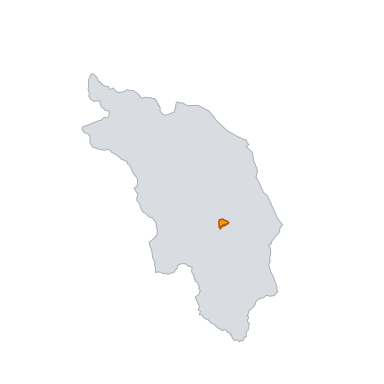 Bo'mbogor, Bayanhongor, Mongolia shown in context, rotated 238°
{"feature_id": "93677404B12243901398913", "entity_name": "Bo'mbogor", "entity_type": "district", "adm_level": 2, "iso_a3": "MNG", "parent_name": "Mongolia", "parent_adm1": "Bayanhongor", "projection": "albers", "projection_center": [99.341, 46.245], "detail": "fine", "context": "in_parent", "style": "filled", "palette": "amber", "viewbox_px": 384, "rotation_deg": 238, "n_neighbors": 0, "source": "geoboundaries", "source_scale": "gbopen_adm2", "svg_char_len": 5124}
<svg xmlns="http://www.w3.org/2000/svg" viewBox="0 0 384 384"><g transform="rotate(238 192 192)"><path d="M40.0,152.5L41.1,152.6L43.0,151.5L43.4,149.8L44.1,148.9L48.2,149.0L50.0,149.7L50.4,148.7L50.8,148.5L51.6,149.6L52.6,149.3L53.3,149.0L54.1,147.7L55.4,148.1L58.0,146.9L58.2,144.3L59.2,143.8L61.4,143.5L61.8,142.3L62.3,142.1L63.8,141.9L66.7,140.8L67.9,140.9L69.0,139.8L71.5,138.5L75.2,138.1L75.5,137.4L79.0,135.3L82.5,135.5L83.6,133.5L84.2,133.3L86.4,136.0L87.4,135.8L87.9,134.9L89.3,135.0L89.8,136.8L90.6,137.6L100.9,139.0L101.2,139.6L101.6,143.8L103.4,145.8L103.8,146.7L106.7,146.6L108.2,148.2L110.7,148.3L112.0,148.8L114.5,147.4L115.1,147.5L115.8,148.2L117.0,147.7L119.2,149.2L121.0,149.0L121.8,149.6L122.9,149.2L125.4,149.7L127.4,151.9L128.8,151.8L130.5,150.4L130.9,149.4L133.4,149.0L134.8,148.0L135.7,147.2L137.1,144.0L137.4,140.7L136.2,140.2L135.2,139.1L134.6,137.3L134.5,136.1L133.4,134.2L133.5,133.3L134.2,131.7L134.6,129.1L135.4,127.7L137.1,126.9L137.2,125.9L138.3,123.9L140.8,122.8L142.3,120.6L143.1,118.3L144.3,119.5L147.6,121.1L150.4,121.8L152.2,123.4L157.0,123.8L165.2,127.5L166.9,127.3L171.7,128.7L172.2,129.3L172.2,132.2L172.6,133.0L172.9,136.1L173.9,137.7L173.7,139.6L174.2,140.1L175.4,140.3L177.4,142.2L181.8,143.4L183.2,144.6L186.2,145.3L187.8,144.7L190.3,144.9L191.2,144.6L192.7,143.0L193.7,142.5L199.3,140.9L200.8,139.8L201.8,139.5L206.4,140.2L209.6,141.3L214.1,140.8L216.3,142.2L217.4,143.7L219.3,144.9L225.5,144.8L225.9,145.1L226.1,148.4L226.4,148.9L230.9,152.1L232.9,152.9L238.7,152.1L247.8,153.2L249.8,152.2L251.9,153.1L252.6,152.9L257.9,149.1L258.8,149.2L264.6,147.1L268.1,144.9L271.0,144.6L273.0,142.9L273.6,140.2L276.8,136.6L282.6,131.6L286.7,131.4L289.3,132.3L292.2,134.4L293.8,134.9L296.4,134.6L299.8,132.0L301.8,132.0L303.8,132.4L305.2,133.5L302.3,148.4L302.4,149.2L301.1,152.5L301.8,157.1L299.7,159.3L300.5,161.8L301.3,162.7L304.5,164.7L305.3,164.2L305.8,162.9L307.1,161.7L309.8,161.4L312.0,160.4L315.1,160.7L318.2,162.2L321.0,156.6L324.3,155.2L327.7,155.1L330.9,157.6L334.3,158.3L335.5,159.8L336.9,160.3L337.4,161.0L342.0,163.7L343.3,165.9L344.8,167.2L345.2,169.0L345.2,169.9L343.9,171.2L338.6,172.1L335.2,171.2L334.3,172.4L330.3,173.0L328.2,174.2L326.8,175.3L326.2,176.6L325.5,177.0L324.8,177.1L323.5,176.5L322.4,176.8L322.2,177.1L322.1,180.1L318.7,180.9L317.5,180.8L315.0,182.8L314.8,184.0L313.6,185.9L312.8,189.1L313.4,190.3L313.1,191.2L310.9,193.3L308.9,196.2L304.1,198.2L301.7,198.8L299.8,198.6L298.1,199.3L297.3,202.2L294.5,206.1L290.2,210.2L281.1,209.8L280.0,209.5L277.8,207.8L272.7,208.6L271.4,210.1L270.5,212.3L269.3,219.1L271.9,222.5L274.6,224.5L275.8,226.0L276.1,227.5L274.5,228.4L272.6,231.1L267.4,234.1L262.3,243.0L251.9,249.2L245.2,250.4L239.7,250.5L225.3,254.3L216.1,259.3L209.3,263.5L207.9,265.3L207.2,265.7L205.8,265.1L202.0,265.1L201.8,262.0L193.5,264.3L186.6,261.0L176.8,259.3L174.8,258.5L171.4,254.6L169.6,254.1L165.4,254.0L153.8,252.4L148.4,254.0L124.7,250.6L116.1,251.3L115.8,250.9L115.3,248.3L111.4,244.2L110.9,243.2L110.8,241.6L107.9,233.4L106.0,232.1L106.4,228.7L103.3,228.8L99.9,227.3L96.6,224.7L95.0,222.8L92.6,222.2L89.8,218.8L88.4,218.1L81.2,216.2L77.5,216.3L73.7,215.1L69.2,214.5L67.8,213.7L66.6,213.7L64.1,212.0L62.3,212.1L60.7,207.2L61.5,204.4L62.5,202.7L64.8,200.4L64.9,199.4L64.3,197.0L65.9,192.9L65.7,190.3L64.9,187.2L63.5,186.4L61.8,182.2L61.5,179.0L60.8,176.8L58.8,175.2L58.3,173.3L57.7,173.1L57.2,173.6L55.9,173.7L54.7,172.4L54.1,171.0L53.4,170.5L52.0,170.4L50.6,170.9L49.3,170.4L48.2,169.0L45.2,166.7L45.3,165.3L45.0,164.3L44.1,163.9L43.2,162.8L40.3,161.2L40.4,160.5L41.4,159.2L39.4,157.7L38.8,156.3L40.2,154.8L39.9,153.6L40.0,152.5Z" fill="#d9dde1" stroke="#a8b0b8" stroke-width="1"/><path d="M152.4,204.0L152.4,203.9L152.5,203.9L152.6,203.7L152.7,203.3L152.9,203.1L153.2,202.8L153.3,202.2L153.3,201.6L153.9,200.7L153.4,200.2L153.3,199.9L153.0,199.6L152.7,198.9L151.8,199.0L151.5,198.5L151.2,198.2L150.4,197.9L149.6,197.2L148.1,197.4L147.7,197.0L147.1,196.8L147.4,196.5L147.1,196.5L146.9,196.5L146.7,196.6L146.4,196.6L146.4,196.8L146.2,196.8L146.3,196.9L146.3,197.0L146.2,197.1L146.3,197.2L146.2,197.2L146.2,197.3L146.3,197.3L146.5,197.2L146.5,197.3L146.4,197.3L146.5,197.5L146.7,197.8L146.8,197.9L147.0,197.9L147.0,198.0L147.0,198.3L146.9,198.3L146.8,198.5L146.7,198.7L146.7,198.8L146.8,198.9L146.8,199.0L146.7,199.1L146.7,199.3L146.7,199.5L146.8,199.5L146.8,199.8L146.9,199.7L147.0,199.7L147.0,199.8L147.3,199.8L147.3,200.0L147.2,200.0L147.2,200.3L147.3,200.4L147.4,200.5L147.2,200.7L147.2,200.8L147.1,201.0L147.0,201.3L147.3,201.4L147.2,201.5L146.9,201.6L147.0,201.7L146.9,201.7L146.9,201.8L146.7,201.8L146.6,202.0L146.6,201.9L146.4,201.8L146.4,202.0L146.5,202.1L146.4,202.2L146.4,202.3L146.4,202.5L146.2,202.6L146.3,202.7L146.3,202.8L146.2,203.0L146.2,203.3L146.2,203.5L146.3,203.5L146.2,203.6L146.3,203.8L146.3,204.0L146.5,204.3L146.6,204.5L146.4,204.8L146.4,205.0L146.4,205.3L146.4,205.5L146.5,205.6L146.5,205.8L146.4,205.8L146.4,206.0L146.4,206.3L146.5,206.4L146.5,206.5L146.4,206.5L146.5,206.6L146.4,206.6L146.5,206.8L148.3,206.5L148.9,206.0L149.2,205.8L151.5,204.2L152.4,204.0Z" fill="#f59e0b" stroke="#b45309" stroke-width="1.5"/></g></svg>